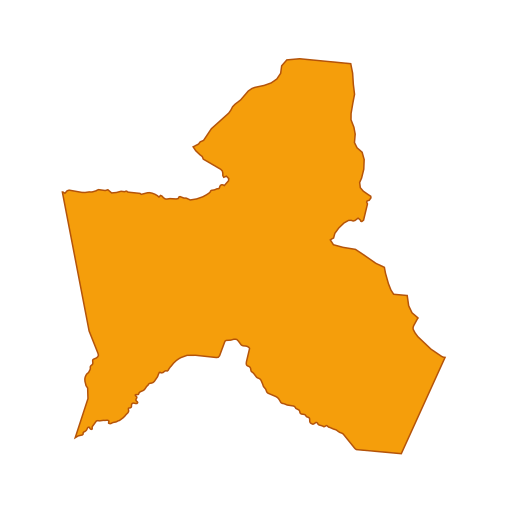 an SVG outline of Moyen-Chari, rotated 187°
{"feature_id": "TCD-5583", "entity_name": "Moyen-Chari", "entity_type": "Prefecture", "adm_level": 1, "iso_a3": "TCD", "parent_name": "Chad", "parent_adm1": "", "projection": "albers", "projection_center": [18.828, 9.32], "detail": "fine", "context": "isolated", "style": "filled", "palette": "amber", "viewbox_px": 512, "rotation_deg": 187, "n_neighbors": 0, "source": "natural_earth", "source_scale": "10m", "svg_char_len": 5220}
<svg xmlns="http://www.w3.org/2000/svg" viewBox="0 0 512 512"><g transform="rotate(187 256 256)"><path d="M456.0,295.9L455.5,296.0L453.3,295.0L451.4,297.7L449.5,298.6L436.6,297.9L433.4,298.2L429.3,299.3L427.5,299.4L426.2,299.7L422.5,301.3L421.7,302.0L420.3,302.7L413.6,302.6L411.1,303.7L407.0,301.0L402.3,302.0L397.8,303.8L394.3,303.8L392.8,304.6L392.0,304.5L391.4,304.0L390.6,303.8L378.8,304.0L377.4,303.2L371.5,305.5L369.4,305.9L366.8,305.7L363.9,305.0L361.3,303.9L359.5,302.7L358.1,304.5L356.6,304.0L355.0,302.6L353.1,301.6L351.6,301.6L348.4,302.5L342.1,302.9L340.2,303.6L339.5,305.4L338.6,305.7L334.5,304.7L333.2,304.9L332.1,304.9L328.1,303.6L321.9,305.4L316.0,308.3L312.5,310.8L310.2,312.8L309.3,313.9L308.9,315.1L308.3,315.7L305.2,316.6L302.8,318.0L301.6,318.2L300.7,318.8L300.4,320.4L299.9,321.8L298.8,322.5L297.4,322.6L296.1,322.0L292.5,327.2L292.5,329.5L295.1,331.6L297.6,330.2L298.7,331.7L299.1,334.4L299.9,336.4L301.7,337.8L320.1,345.7L321.5,348.2L323.9,349.6L328.6,353.1L331.7,356.7L326.7,360.1L325.2,362.6L323.7,363.4L322.1,364.4L315.8,376.9L300.4,394.6L298.8,397.6L297.4,401.3L295.3,404.1L290.3,409.0L283.8,418.8L280.4,421.8L277.7,423.2L268.7,426.3L262.1,429.6L256.9,434.2L253.8,440.3L253.7,447.9L249.3,454.4L236.7,457.1L185.4,458.4L182.4,449.3L180.3,438.2L177.9,428.5L178.5,419.8L179.0,409.0L178.3,402.8L174.5,395.7L172.4,389.0L172.1,380.6L168.9,375.7L163.3,371.9L160.4,364.9L159.6,355.2L160.7,346.2L162.1,341.6L160.8,336.5L157.4,333.4L151.9,330.5L149.4,329.3L149.0,327.7L149.7,326.4L150.5,325.0L151.5,324.7L152.6,323.9L152.7,322.8L152.3,322.2L151.7,321.3L153.6,304.7L155.2,303.1L156.2,303.3L157.0,304.6L159.3,306.0L162.1,303.3L163.8,302.6L165.9,303.0L168.5,302.6L172.7,299.5L177.2,294.0L180.5,288.1L181.2,283.3L182.3,282.6L184.2,281.0L180.5,276.6L170.7,275.2L158.1,274.7L147.8,269.5L136.1,263.3L127.2,260.4L125.4,254.7L121.2,244.7L117.9,238.6L114.7,234.8L101.1,235.2L98.4,225.2L94.2,218.6L87.6,214.2L88.1,213.4L91.1,205.8L91.4,203.8L91.0,202.3L88.8,199.1L85.6,195.7L70.9,184.8L59.6,179.0L58.7,178.7L57.6,178.4L56.0,178.4L87.7,77.5L132.7,76.1L133.8,76.6L134.8,77.4L147.6,89.8L148.6,90.4L149.5,90.7L151.3,91.1L152.8,91.8L154.9,93.0L155.8,93.3L158.1,93.7L161.7,94.8L163.0,95.0L163.8,95.5L164.5,96.0L165.1,96.3L165.7,96.2L167.1,95.1L167.8,94.8L168.7,95.2L169.8,95.5L172.9,96.0L173.8,96.5L174.8,97.8L175.4,98.1L176.2,98.1L177.0,97.4L177.7,96.8L178.3,96.3L179.1,96.0L180.5,96.4L181.4,96.8L182.0,97.4L182.4,98.1L182.6,99.0L182.9,100.8L183.2,101.5L183.8,102.0L184.7,102.3L186.1,102.6L186.7,103.1L187.8,104.3L188.7,104.6L191.7,104.7L192.6,105.1L193.2,105.7L193.7,107.2L194.2,107.9L194.7,108.4L197.9,109.6L198.4,110.4L199.1,111.0L199.7,111.4L200.6,111.7L206.9,111.9L210.1,112.8L211.7,112.9L212.8,113.2L213.5,113.7L215.3,116.1L216.4,117.3L217.6,118.2L219.1,118.9L227.4,121.3L228.0,121.7L228.6,122.2L229.0,122.8L230.1,124.9L231.2,126.0L232.3,127.0L232.8,127.6L233.8,129.7L235.9,133.3L236.8,134.2L237.5,134.6L238.3,134.9L239.2,135.1L240.0,135.4L240.7,135.8L243.9,139.1L244.5,139.6L246.5,140.8L246.9,141.4L247.2,142.2L247.7,143.8L248.1,144.5L248.6,145.0L249.3,145.4L251.0,145.9L251.7,146.3L252.2,146.9L252.5,147.7L252.6,148.5L252.6,149.9L251.1,163.3L251.2,163.7L251.5,164.0L252.0,164.4L253.4,165.1L254.4,165.3L255.6,165.4L257.2,165.3L258.4,165.4L259.3,165.7L260.0,166.1L263.1,169.4L264.9,170.8L266.1,170.9L267.8,170.7L270.9,169.4L275.2,168.6L276.1,168.1L276.6,166.9L280.0,152.6L281.1,150.9L282.9,150.4L303.9,150.1L312.3,149.0L318.2,146.0L320.1,144.6L322.4,142.5L324.8,139.6L326.7,136.5L327.6,135.3L328.6,133.5L329.2,132.0L329.7,131.4L330.2,131.0L330.9,131.1L331.6,131.1L332.6,130.5L334.1,129.0L335.4,128.5L336.3,128.5L336.7,128.8L337.1,128.9L337.7,128.7L338.4,126.8L339.0,124.2L341.6,119.2L342.2,118.5L342.9,117.8L344.3,117.1L345.5,116.8L346.3,116.4L347.0,115.8L347.5,114.5L348.7,113.2L349.5,111.5L350.1,110.4L350.8,109.4L351.8,108.6L353.7,107.5L354.8,106.7L355.4,105.9L355.6,104.9L355.9,104.3L356.9,104.0L357.7,103.9L358.5,103.7L358.9,103.3L358.5,102.6L357.2,101.6L357.0,101.0L357.2,100.3L357.6,99.3L357.7,98.4L357.3,97.8L356.7,97.3L356.1,96.9L355.6,96.3L355.7,95.7L356.2,95.1L357.5,94.9L359.5,95.1L360.3,94.9L361.0,94.4L361.4,93.4L361.4,92.5L361.3,91.7L361.3,91.0L361.7,90.4L362.4,89.9L363.4,89.7L364.0,89.3L364.0,88.4L363.5,86.8L363.6,85.9L364.1,84.7L365.7,82.7L366.4,81.5L368.0,79.4L370.5,77.0L371.5,76.1L372.9,75.5L374.2,74.5L375.4,74.0L376.8,73.6L378.0,73.1L379.3,72.2L380.3,71.8L381.3,71.9L381.7,72.0L381.9,72.1L382.0,72.8L381.9,73.5L381.9,74.2L382.5,74.7L383.7,74.9L385.9,74.4L387.4,74.3L391.2,73.3L392.4,73.3L393.4,73.2L394.3,72.8L397.7,66.7L397.7,65.8L397.6,65.0L397.5,64.4L398.0,63.9L399.1,64.0L399.7,64.5L400.2,65.2L400.7,65.7L401.4,65.7L402.1,65.1L403.0,62.6L403.6,61.8L404.4,61.0L405.6,60.2L406.1,59.2L405.9,58.5L406.0,57.9L406.6,57.2L410.5,55.8L413.3,53.6L405.4,94.0L407.0,104.4L408.9,106.6L410.5,110.8L410.9,113.1L410.8,114.9L410.3,116.6L409.9,117.6L409.4,118.5L408.4,119.5L407.9,120.2L407.6,121.0L406.8,123.1L406.7,124.3L407.0,125.7L406.7,126.7L406.0,127.5L405.1,128.5L404.9,129.6L405.0,130.6L405.4,132.1L405.3,133.1L404.8,133.7L402.1,135.3L401.6,135.8L401.0,136.4L400.6,137.2L400.3,138.2L400.9,140.0L412.5,161.2L456.0,295.9L456.0,295.9Z" fill="#f59e0b" stroke="#b45309" stroke-width="1.5"/></g></svg>